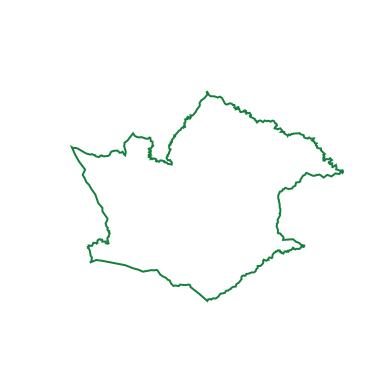 the district of Majune, Niassa, Mozambique, rotated 39°
{"feature_id": "85939544B16952446601864", "entity_name": "Majune", "entity_type": "district", "adm_level": 2, "iso_a3": "MOZ", "parent_name": "Mozambique", "parent_adm1": "Niassa", "projection": "orthographic", "projection_center": [36.348, -13.329], "detail": "fine", "context": "isolated", "style": "outline", "palette": "green", "viewbox_px": 384, "rotation_deg": 39, "n_neighbors": 0, "source": "geoboundaries", "source_scale": "gbopen_adm2", "svg_char_len": 6019}
<svg xmlns="http://www.w3.org/2000/svg" viewBox="0 0 384 384"><g transform="rotate(39 192 192)"><path d="M70.5,232.8L77.8,236.6L85.3,239.5L94.9,241.9L96.2,247.4L96.6,247.7L99.5,248.6L103.5,250.8L107.5,251.2L111.6,252.9L118.5,254.8L126.1,259.6L132.3,260.7L134.6,263.4L143.1,265.9L143.8,266.9L144.7,270.9L146.8,272.4L149.2,272.9L149.9,274.5L151.4,274.9L152.1,274.5L152.6,275.5L153.2,275.4L153.4,276.0L154.2,276.2L154.8,278.3L155.5,279.1L155.0,280.0L155.4,281.4L159.5,284.5L158.8,285.5L157.1,286.0L156.2,284.7L153.6,287.0L152.2,285.6L151.2,286.6L150.2,286.6L149.4,287.5L149.1,289.1L150.5,291.1L150.0,291.4L150.2,292.1L149.3,292.1L148.3,292.7L147.9,293.8L147.4,293.8L148.2,296.8L145.6,298.4L146.4,298.8L146.3,299.5L145.6,300.2L146.4,301.0L147.0,300.8L149.4,301.8L153.5,305.4L154.8,305.6L156.0,306.6L156.5,308.0L157.5,308.4L157.6,309.3L157.2,310.2L157.5,310.4L160.4,305.1L165.1,302.2L186.0,291.0L194.3,288.3L199.5,286.0L204.0,284.8L209.7,278.2L211.7,276.9L213.6,274.8L214.7,274.7L219.4,276.2L223.3,275.8L225.6,275.1L228.5,275.4L230.4,274.8L233.3,276.3L236.6,276.7L237.9,275.1L240.9,273.5L240.8,272.1L241.4,271.2L244.8,269.0L248.1,265.7L249.5,265.7L250.6,266.8L261.0,266.6L272.5,267.0L272.2,265.2L273.5,263.8L274.6,263.6L275.0,261.7L277.5,259.8L278.3,256.6L278.1,253.2L281.0,249.8L280.6,247.4L282.2,245.8L282.2,244.7L283.2,242.8L283.0,241.7L283.7,239.8L285.5,237.9L284.5,235.8L285.5,232.6L285.3,228.4L284.1,227.4L283.8,225.8L284.4,224.5L285.6,224.1L286.2,223.1L285.8,221.4L286.9,220.5L289.1,216.8L290.6,215.7L291.3,213.8L290.5,211.2L290.9,209.8L289.6,208.2L291.8,206.3L292.1,203.1L291.8,201.9L290.6,200.8L290.3,199.6L293.1,198.6L293.4,197.4L294.2,196.6L293.4,196.0L293.1,194.8L293.5,194.0L295.6,193.2L295.6,192.4L294.2,190.2L294.0,187.2L294.9,186.3L294.6,185.3L295.4,184.7L295.5,183.2L296.3,182.6L297.1,182.2L297.7,183.2L298.8,183.0L299.2,182.4L300.0,183.1L301.7,182.4L301.4,179.9L302.2,179.2L303.4,178.9L303.3,177.5L303.7,177.2L304.4,177.5L304.4,175.9L305.4,175.1L305.8,172.5L305.5,171.8L306.1,171.6L306.9,172.2L308.5,171.6L308.7,170.6L311.3,168.6L311.6,166.7L311.3,165.7L311.7,164.6L312.3,164.3L313.1,164.7L313.5,163.9L312.9,163.0L310.2,164.3L307.0,164.2L304.6,165.2L300.3,165.1L292.9,171.9L291.8,169.8L290.9,169.3L288.0,169.2L287.2,168.7L286.0,169.0L285.1,169.8L284.4,169.7L282.8,167.5L279.2,165.3L278.9,164.3L277.9,163.3L278.0,161.4L276.1,159.9L275.1,154.6L274.3,153.7L273.5,153.6L273.4,152.3L271.4,149.6L270.2,149.1L267.3,145.8L265.2,144.5L264.7,143.6L263.3,142.9L261.3,140.6L260.1,136.4L261.1,135.3L261.3,133.7L260.9,132.7L261.8,132.0L261.8,130.1L265.1,128.9L267.5,126.4L267.4,124.0L268.4,122.2L266.9,119.1L269.0,117.0L269.5,115.7L268.6,114.5L268.0,109.3L268.9,107.8L268.9,105.1L275.8,103.3L277.7,101.5L278.0,100.2L279.1,99.6L280.2,98.1L285.2,97.9L286.3,93.6L290.6,92.1L291.7,87.4L295.2,85.3L295.1,83.0L295.7,82.2L296.9,82.5L296.7,81.1L295.4,80.4L293.1,82.6L291.7,82.7L289.8,83.7L288.8,82.0L286.8,80.4L285.8,84.1L285.4,84.3L283.0,81.6L281.8,83.5L279.8,83.2L279.6,82.6L280.6,81.6L280.0,80.4L280.6,79.1L278.1,78.8L277.6,80.6L275.0,82.5L275.4,84.2L274.3,84.8L272.4,82.5L273.0,82.0L272.6,81.1L270.8,80.6L271.3,78.9L266.2,78.5L264.9,77.0L263.9,77.9L261.5,78.8L260.8,78.6L260.2,77.6L258.7,77.7L258.2,77.1L258.3,75.9L256.6,76.7L255.7,76.0L253.2,76.4L253.6,75.4L253.0,73.6L250.8,75.9L249.0,75.8L248.4,76.3L248.4,77.6L245.9,78.8L244.1,78.8L243.6,77.9L242.8,77.6L240.1,78.8L238.5,78.5L237.9,79.4L234.2,82.6L233.7,83.8L232.7,84.3L232.6,86.0L231.1,86.3L231.1,88.2L230.5,87.8L226.9,88.5L225.9,87.3L223.4,89.2L223.6,87.6L220.5,87.0L219.0,89.5L217.4,89.6L216.6,90.5L216.0,90.5L215.7,88.4L216.2,86.8L214.5,85.8L213.6,86.3L210.8,85.3L209.4,86.1L209.0,87.8L206.7,88.4L205.5,89.9L203.5,90.7L203.3,92.9L200.2,93.4L199.6,93.9L198.7,95.6L199.1,96.5L198.6,97.2L196.6,96.2L195.2,96.3L194.7,95.7L189.9,96.9L189.1,96.4L189.7,95.6L189.5,95.1L186.9,94.2L186.1,95.4L185.1,95.8L184.9,97.0L183.6,96.4L183.2,95.1L182.0,95.1L181.2,96.2L181.8,96.7L179.4,99.4L176.5,98.0L175.7,98.4L175.9,97.5L175.2,97.5L174.6,96.9L173.8,97.9L174.4,99.4L174.0,100.2L173.6,99.7L171.7,99.8L171.6,98.9L170.1,97.7L169.1,98.7L167.7,98.4L165.8,99.0L163.9,102.3L161.9,102.5L156.0,100.0L153.6,100.4L152.6,102.4L149.7,103.3L146.1,105.9L144.5,106.0L140.8,104.6L140.6,105.1L142.6,106.5L142.6,111.3L141.5,115.3L142.0,118.3L143.3,119.3L143.8,120.5L143.9,124.9L144.5,127.6L144.4,131.9L143.9,132.6L142.6,133.3L144.1,134.7L144.2,135.8L143.4,135.7L143.4,136.4L142.6,135.9L141.4,136.2L141.4,137.0L142.0,137.3L142.4,138.3L142.0,138.9L141.4,139.0L141.0,139.8L142.8,141.7L143.1,142.7L142.7,143.4L143.9,144.3L144.1,145.7L144.9,145.2L145.6,145.7L145.0,146.3L145.0,147.3L144.4,147.3L143.6,148.9L144.0,151.1L143.3,152.2L143.2,158.4L142.7,158.9L143.8,159.5L143.1,160.3L143.7,161.4L143.6,164.1L144.3,164.7L144.2,165.5L144.9,166.0L144.2,166.9L145.2,167.6L144.8,168.4L145.5,169.0L144.8,170.1L146.6,172.1L147.9,172.9L148.5,172.5L149.3,175.9L149.8,176.2L150.0,178.0L149.7,178.4L150.6,179.2L150.2,179.9L150.9,181.7L153.3,182.4L155.0,181.0L155.4,181.5L155.9,181.3L158.0,181.9L158.9,183.4L155.4,185.4L154.0,185.0L152.8,185.7L151.6,185.5L151.6,186.2L150.3,185.9L148.9,186.4L147.5,187.4L147.4,189.2L145.6,189.7L145.3,190.6L144.5,190.6L144.1,189.4L142.8,189.1L140.3,190.7L140.7,191.2L140.2,191.8L139.1,191.8L138.9,192.3L138.1,190.9L137.5,190.9L136.8,191.9L136.2,192.0L135.1,190.4L136.6,189.1L133.5,188.2L133.7,187.4L134.6,187.2L134.1,186.8L134.3,186.2L133.8,185.5L131.9,186.1L131.2,185.6L132.6,183.5L132.6,181.7L132.2,181.5L132.7,180.6L131.6,180.0L129.6,177.7L128.0,178.4L125.5,176.1L124.6,176.5L124.6,177.8L122.8,179.5L118.4,181.0L116.5,182.9L114.8,183.8L112.4,184.4L109.3,183.5L109.5,192.8L108.5,196.2L109.8,197.7L110.0,198.7L115.4,202.6L117.0,205.6L116.3,205.7L112.7,204.4L112.2,205.9L111.1,207.0L108.1,206.7L107.1,207.5L105.5,209.0L103.8,211.7L104.6,214.9L104.2,216.6L101.4,219.5L99.6,220.5L98.7,220.4L97.9,221.5L97.9,223.0L97.4,223.6L94.5,224.9L93.3,224.4L91.9,225.3L90.4,225.5L89.5,226.9L85.4,228.7L75.6,230.2L73.3,231.3L72.2,232.5L70.5,232.8Z" fill="none" stroke="#15803d" stroke-width="2"/></g></svg>